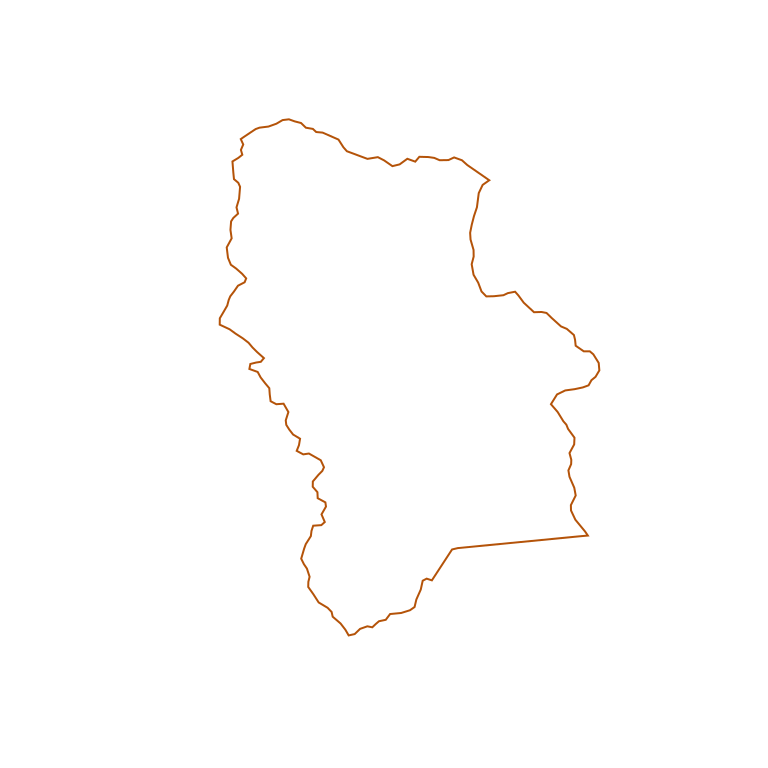 Urutaí, Goiás, Brazil, rotated 303°
{"feature_id": "56859067B7648793924799", "entity_name": "Urutaí", "entity_type": "district", "adm_level": 2, "iso_a3": "BRA", "parent_name": "Brazil", "parent_adm1": "Goiás", "projection": "robinson", "projection_center": [-48.198, -17.435], "detail": "fine", "context": "isolated", "style": "outline", "palette": "amber", "viewbox_px": 768, "rotation_deg": 303, "n_neighbors": 0, "source": "geoboundaries", "source_scale": "gbopen_adm2", "svg_char_len": 2662}
<svg xmlns="http://www.w3.org/2000/svg" viewBox="0 0 768 768"><g transform="rotate(303 384 384)"><path d="M511.4,130.5L508.2,135.5L502.4,136.5L499.1,140.3L494.3,138.7L488.1,135.7L479.5,142.3L474.1,146.6L473.4,152.2L471.0,155.9L460.4,161.6L451.8,164.1L447.4,168.8L441.2,167.2L437.1,167.2L429.6,171.3L423.2,176.9L412.9,177.7L404.9,184.4L400.6,190.6L400.3,197.1L399.1,205.2L397.5,210.9L393.4,211.7L386.9,208.0L379.8,207.8L373.8,207.3L369.9,208.0L364.4,209.8L356.7,210.2L349.7,210.5L344.3,213.9L345.8,224.7L345.4,232.0L345.4,240.7L344.8,248.0L343.0,253.9L341.7,260.1L340.3,269.2L335.5,268.6L332.4,265.1L328.0,261.0L323.3,262.9L325.3,271.5L322.3,277.0L319.9,283.9L318.0,290.1L313.1,293.8L307.8,298.3L308.4,304.7L312.8,310.5L308.4,319.1L300.0,321.4L296.5,324.3L294.2,329.3L292.1,335.3L292.4,343.4L286.4,346.0L280.4,347.2L281.0,354.6L284.8,358.9L285.6,372.5L281.5,379.0L277.5,379.6L272.2,378.5L263.5,377.4L259.0,380.2L257.0,387.1L252.1,390.6L252.8,399.3L249.6,402.1L240.6,402.6L236.0,409.5L231.5,408.3L226.6,401.8L221.3,403.2L216.6,405.5L207.1,405.6L202.4,406.7L192.4,409.7L189.3,414.9L187.2,419.9L181.8,426.6L176.9,428.3L172.5,431.0L169.2,439.3L165.2,448.2L165.6,458.6L164.3,464.2L160.9,467.7L159.5,478.0L156.9,485.4L153.9,491.3L158.3,495.6L165.6,497.3L171.7,502.0L173.6,506.7L178.2,507.8L182.3,509.0L187.2,513.9L194.4,514.4L201.3,523.1L208.4,529.0L213.6,531.1L220.9,528.5L231.6,526.8L240.1,523.6L244.0,525.8L245.4,531.1L282.3,531.2L286.6,535.3L362.1,630.1L367.9,637.5L369.8,633.0L374.4,618.4L379.8,609.7L384.2,606.7L394.9,605.5L400.6,600.1L407.2,590.1L412.0,585.7L418.7,584.6L422.4,582.4L427.1,577.2L436.9,576.4L442.7,573.0L446.6,562.8L449.2,559.1L450.4,554.8L455.1,544.9L458.0,535.0L469.5,534.8L477.3,539.5L483.5,546.7L489.4,552.6L494.3,556.3L500.2,555.9L505.2,557.5L512.7,557.2L518.6,552.6L522.9,543.4L523.5,538.8L520.2,533.8L520.5,523.9L525.2,520.1L528.5,516.6L529.8,507.3L528.7,501.1L530.7,488.6L532.1,481.6L530.2,476.9L525.9,470.7L528.3,456.9L531.5,448.4L532.8,443.7L527.7,438.4L523.5,435.8L517.5,428.4L513.2,422.1L514.7,415.4L520.3,407.8L524.4,399.6L527.4,396.8L532.2,392.3L539.7,389.8L545.2,386.1L552.3,377.9L557.7,373.9L565.5,370.8L573.9,368.0L582.8,365.7L595.7,359.5L604.7,358.3L612.2,361.3L613.0,334.6L614.1,327.5L612.2,319.4L606.9,316.1L602.0,308.8L601.0,303.0L598.5,297.6L593.8,289.9L587.5,289.1L585.6,280.9L576.7,277.5L571.3,272.4L571.6,262.3L570.9,255.3L563.8,247.5L562.2,240.4L560.7,233.6L559.0,226.1L560.4,221.1L564.2,212.7L561.4,195.6L558.4,189.9L559.2,185.4L556.4,178.9L557.7,172.3L555.6,166.0L554.2,160.1L550.1,155.2L543.7,152.0L537.0,146.9L531.2,140.0L527.9,137.5L515.1,132.0L511.4,130.5Z" fill="none" stroke="#b45309" stroke-width="2"/></g></svg>